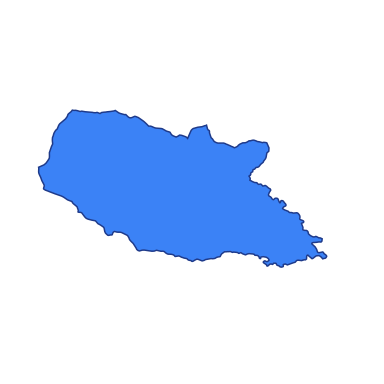 Getana, Chhukha, Bhutan (Robinson projection), rotated 302°
{"feature_id": "84629894B69371212515319", "entity_name": "Getana", "entity_type": "district", "adm_level": 2, "iso_a3": "BTN", "parent_name": "Bhutan", "parent_adm1": "Chhukha", "projection": "robinson", "projection_center": [89.744, 26.919], "detail": "fine", "context": "isolated", "style": "filled", "palette": "blue", "viewbox_px": 384, "rotation_deg": 302, "n_neighbors": 0, "source": "geoboundaries", "source_scale": "gbopen_adm2", "svg_char_len": 6101}
<svg xmlns="http://www.w3.org/2000/svg" viewBox="0 0 384 384"><g transform="rotate(302 192 192)"><path d="M204.6,338.4L205.4,338.9L206.3,340.0L207.2,340.4L208.6,340.4L209.0,340.2L209.3,339.6L209.6,338.7L209.7,336.7L209.8,336.4L210.3,335.6L210.4,335.1L210.4,334.6L208.1,332.2L207.6,331.3L207.5,330.9L207.6,330.4L207.8,330.0L209.4,328.1L210.7,325.5L211.4,321.7L211.5,321.2L211.8,320.9L212.3,320.8L212.7,321.0L213.4,321.6L215.1,324.0L217.0,326.2L217.9,327.9L218.3,328.1L219.2,328.2L221.3,327.2L221.1,325.3L220.3,323.7L220.2,321.6L220.0,320.6L219.7,320.3L219.2,320.1L218.3,318.9L218.0,317.9L217.8,315.6L218.1,313.5L218.3,312.9L219.7,311.5L220.1,310.4L220.0,309.3L219.2,308.0L219.0,307.3L218.7,306.4L218.8,306.0L219.1,305.7L220.4,305.1L220.9,304.7L223.3,301.5L223.6,301.5L224.9,302.5L225.4,302.7L226.2,302.4L226.4,302.1L226.5,301.7L226.4,300.5L226.1,299.2L226.0,298.3L226.1,297.8L226.7,297.3L227.5,297.1L228.4,296.5L229.0,295.9L229.6,294.8L230.1,293.3L230.0,292.0L227.8,289.1L227.4,287.5L226.3,285.6L226.3,285.1L226.6,283.8L225.9,280.1L225.8,278.3L226.0,277.6L227.3,277.5L228.0,277.7L229.8,278.8L230.4,278.8L231.0,278.4L231.4,277.8L231.8,276.4L232.5,274.6L232.7,273.6L232.2,272.5L231.9,272.2L231.5,272.1L229.8,272.5L229.4,272.2L229.5,271.7L230.6,270.0L231.6,268.8L231.8,267.9L231.6,267.1L231.0,266.1L230.3,265.6L229.2,265.4L228.6,265.1L228.5,264.8L228.6,263.5L229.3,262.2L229.5,261.1L229.4,259.5L229.9,258.5L230.5,258.2L232.5,257.8L235.2,257.8L235.6,257.5L236.1,256.5L235.9,255.2L236.1,253.7L236.4,252.3L236.4,250.9L236.2,250.4L235.7,250.1L234.6,248.9L234.7,248.5L235.2,246.4L234.9,245.7L234.1,244.9L233.8,244.5L233.8,243.2L234.2,242.4L234.2,241.9L233.2,240.0L233.1,239.3L232.8,237.2L232.8,235.9L232.7,235.4L232.7,234.8L233.9,234.5L234.5,234.0L235.0,233.3L235.6,232.0L235.9,231.9L236.6,232.1L237.0,232.6L238.1,232.5L238.9,231.9L239.9,231.9L241.3,232.7L242.7,232.1L243.4,232.0L244.6,233.0L246.7,233.3L247.9,234.7L249.1,235.3L251.9,235.6L254.9,236.6L256.3,236.4L259.2,236.7L260.8,236.4L264.7,234.8L267.3,235.5L270.2,233.9L273.3,229.4L273.1,228.5L272.5,227.2L271.9,226.2L271.2,225.6L270.4,222.9L269.4,220.5L269.3,219.2L268.8,217.2L268.4,216.4L267.8,215.7L266.1,214.1L265.7,213.3L263.8,212.4L262.2,211.3L261.0,209.7L260.7,209.1L260.0,208.6L257.9,207.2L256.1,206.5L255.3,206.5L254.3,206.1L253.0,205.3L251.9,204.4L251.9,202.6L251.6,201.5L251.4,199.4L251.2,198.4L251.0,196.7L250.7,195.7L250.7,194.8L250.4,193.4L250.1,192.6L247.2,188.1L246.7,186.1L246.6,184.0L247.9,181.1L248.2,179.4L251.4,175.5L252.9,174.5L253.2,174.0L253.2,172.8L253.7,171.7L256.4,168.9L255.6,168.4L255.0,167.7L252.7,165.9L250.0,162.6L246.6,159.5L245.8,159.1L244.4,158.7L243.2,158.7L235.1,159.9L235.5,158.4L235.5,157.4L234.7,153.7L234.3,152.5L233.7,151.3L231.7,150.4L230.2,149.4L229.7,146.6L229.6,145.2L230.1,143.4L231.0,141.8L230.9,140.9L230.1,138.1L229.9,133.4L229.5,132.2L227.0,127.4L226.6,125.9L226.2,123.1L225.9,122.0L224.9,120.3L225.6,117.5L226.2,114.5L226.4,112.8L226.7,107.1L226.2,104.2L225.8,103.3L223.3,101.6L222.3,100.6L221.9,99.5L221.8,98.6L222.0,97.4L222.6,94.8L221.9,93.9L220.6,89.6L220.3,87.9L220.5,83.7L219.4,82.9L217.0,80.1L215.0,77.5L214.0,76.4L213.0,75.0L211.5,73.2L209.8,72.4L209.2,69.3L208.1,68.2L207.2,66.6L206.8,65.4L203.5,59.0L202.1,55.6L201.0,54.5L200.2,51.6L199.6,50.0L198.6,48.6L198.0,47.1L196.4,47.0L193.1,45.9L192.1,45.7L190.0,46.2L186.9,46.0L179.8,43.7L178.1,43.6L174.0,44.3L172.1,43.7L169.5,43.7L168.2,43.9L165.8,44.6L164.4,44.8L162.8,45.6L161.5,46.4L158.9,48.4L156.2,48.7L149.8,50.2L146.9,52.1L145.0,53.1L142.0,53.1L139.1,52.9L136.6,52.1L131.7,48.8L131.4,49.2L127.9,51.2L127.0,51.9L125.9,53.3L124.3,55.8L122.1,58.6L119.7,62.7L118.8,63.5L116.4,64.2L116.0,64.5L115.9,65.0L115.9,66.7L117.9,76.9L119.4,83.4L119.6,85.7L119.4,90.6L119.7,92.3L120.3,95.2L119.6,96.3L119.2,97.7L118.6,102.3L116.2,105.3L114.7,105.9L114.7,106.4L115.8,108.6L115.9,109.5L114.0,114.4L113.6,116.3L113.9,118.3L115.1,122.1L116.4,125.4L115.3,129.0L115.5,131.8L115.3,135.7L114.7,136.7L112.3,138.9L111.3,140.4L110.9,142.1L110.7,143.5L111.1,144.4L112.3,145.5L112.6,146.1L113.2,146.8L113.6,147.0L114.9,146.6L116.4,146.6L117.4,147.1L118.3,149.8L119.8,152.3L120.3,153.7L120.9,159.5L120.9,160.5L119.7,162.8L118.5,164.3L117.8,166.6L117.2,169.4L114.9,174.2L114.0,175.6L113.8,177.3L114.2,178.7L116.3,180.6L117.4,182.2L120.5,189.3L121.8,191.2L123.8,192.8L125.3,197.1L126.4,198.7L126.8,200.1L126.4,201.8L126.4,203.4L126.6,204.6L128.2,207.4L128.8,209.2L128.8,210.6L128.4,211.5L128.4,211.9L130.7,214.6L131.0,215.5L131.1,217.4L131.3,218.3L131.6,219.3L131.7,220.1L132.7,222.7L132.7,223.6L132.4,224.4L132.5,225.5L133.3,227.5L133.1,228.4L133.2,228.9L133.9,229.6L135.9,230.6L137.5,231.6L137.8,232.0L138.3,233.5L138.9,237.0L139.1,237.3L140.4,238.5L141.9,239.3L145.6,243.4L146.4,245.0L147.8,246.6L149.7,247.6L150.7,248.5L151.8,249.8L152.2,250.1L154.4,249.9L155.4,250.0L158.6,251.3L159.2,252.4L160.3,253.8L160.7,254.5L161.8,256.0L162.0,256.8L162.2,258.2L162.4,258.5L163.1,259.1L164.7,262.4L164.8,263.0L164.7,264.0L164.9,264.4L166.3,265.4L166.5,265.7L166.4,267.5L167.0,270.6L167.3,270.9L168.8,271.8L170.0,273.1L171.7,276.5L172.1,277.8L171.7,278.7L171.8,279.1L172.7,280.7L172.9,281.7L172.5,283.3L171.7,284.0L171.6,284.4L171.6,285.1L172.0,285.4L172.9,285.0L173.5,285.0L174.9,286.7L176.0,289.4L176.1,290.0L176.0,291.7L175.8,292.4L175.2,293.3L174.9,293.5L173.2,292.9L172.7,292.5L172.5,292.1L172.3,290.5L172.1,290.1L170.9,289.5L170.4,289.6L170.0,289.9L169.9,290.4L169.8,293.8L169.1,294.4L169.0,294.8L169.2,295.3L169.9,295.7L171.9,296.2L172.4,296.6L173.0,297.5L173.1,298.1L173.3,298.7L173.7,298.9L174.7,298.9L175.1,299.3L175.9,300.7L176.0,301.1L175.0,302.7L175.2,304.1L175.4,304.4L175.5,304.7L175.2,306.1L175.5,307.4L176.3,308.3L177.0,308.8L177.3,308.8L177.8,308.6L178.7,307.9L179.1,308.0L180.4,309.3L180.7,311.5L185.4,315.2L187.1,316.7L189.0,317.0L189.7,317.3L190.5,318.3L192.0,321.5L192.6,321.7L192.9,322.2L194.0,323.0L194.4,324.0L195.1,324.4L195.9,324.6L198.3,323.3L199.3,323.2L199.7,323.5L199.9,323.8L199.6,325.1L199.2,328.0L199.0,328.8L199.5,329.6L202.5,330.7L203.8,331.3L205.4,333.5L205.4,335.3L204.6,338.4Z" fill="#3b82f6" stroke="#1e3a8a" stroke-width="1.5"/></g></svg>